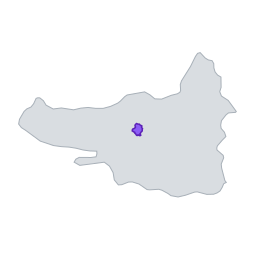 location of Piedra Blanca, Monseñor Nouel, Dominican Republic, rotated 177°
{"feature_id": "3306468B87386677214515", "entity_name": "Piedra Blanca", "entity_type": "district", "adm_level": 2, "iso_a3": "DOM", "parent_name": "Dominican Republic", "parent_adm1": "Monseñor Nouel", "projection": "orthographic", "projection_center": [-70.332, 18.811], "detail": "fine", "context": "in_parent", "style": "filled", "palette": "violet", "viewbox_px": 256, "rotation_deg": 177, "n_neighbors": 0, "source": "geoboundaries", "source_scale": "gbopen_adm2", "svg_char_len": 3309}
<svg xmlns="http://www.w3.org/2000/svg" viewBox="0 0 256 256"><g transform="rotate(177 128 128)"><path d="M32.5,174.0L32.9,163.7L34.5,159.5L33.0,155.0L26.5,150.3L22.5,144.2L19.0,138.8L19.8,138.0L26.9,137.8L29.5,135.9L34.3,130.4L35.3,126.0L35.0,122.7L31.9,118.7L30.7,114.4L34.6,110.8L39.7,105.5L40.4,103.4L40.3,101.4L34.4,95.7L34.0,93.2L36.8,87.1L36.6,83.1L34.0,70.4L32.7,68.5L35.3,67.4L37.1,63.7L39.4,60.3L42.4,58.5L45.9,57.4L52.8,57.6L62.2,60.6L64.9,60.5L74.0,57.9L81.6,56.5L88.7,58.2L91.5,60.5L97.4,64.1L100.4,65.2L109.6,65.1L112.2,65.5L120.0,71.5L126.5,73.9L130.3,74.0L137.2,71.7L140.6,71.7L144.4,76.9L145.2,84.2L148.5,90.9L153.5,95.1L178.1,93.2L183.6,96.7L181.7,99.6L178.3,101.2L166.6,100.5L161.4,100.9L160.4,103.8L160.4,106.5L167.3,107.1L174.0,108.4L180.8,110.5L187.8,112.0L195.6,112.9L203.4,114.4L216.3,119.5L230.7,131.3L234.5,134.0L237.0,137.7L235.9,142.4L230.9,150.0L228.0,152.4L223.8,154.0L221.0,157.1L218.2,162.4L216.5,162.9L214.5,162.7L211.1,159.7L208.6,155.1L201.7,150.9L193.5,151.5L181.4,149.0L174.1,150.3L166.8,150.6L159.3,149.3L151.8,148.9L144.3,150.5L137.1,153.3L134.4,155.1L129.7,159.4L127.2,161.0L109.5,163.2L104.4,160.0L99.7,155.7L92.9,155.1L83.0,158.4L76.8,159.6L74.3,161.0L73.5,162.6L73.5,168.7L72.1,172.3L62.4,186.1L56.9,195.9L54.6,198.9L52.0,199.5L47.3,193.9L44.3,191.8L40.5,190.8L39.0,187.8L39.1,183.5L38.1,179.4L35.8,176.2L32.5,174.0Z" fill="#d9dde1" stroke="#a8b0b8" stroke-width="1"/><path d="M114.1,129.1L114.1,129.3L114.1,129.5L114.3,129.7L114.8,129.7L115.0,129.7L115.1,129.8L115.9,130.5L116.0,130.7L116.1,130.9L116.2,131.0L116.3,131.1L116.6,131.2L116.7,131.3L116.9,131.3L117.3,131.3L117.5,131.3L117.9,131.4L118.0,131.4L118.2,131.5L118.4,131.6L118.5,131.7L118.7,131.8L118.8,131.8L119.0,131.9L119.1,132.0L119.3,131.9L119.6,131.8L119.7,131.7L119.8,131.6L120.4,131.0L120.6,130.8L120.6,130.7L120.8,130.5L120.8,130.4L120.9,130.0L120.9,129.9L120.9,129.7L120.8,129.4L120.6,129.1L120.5,128.9L120.5,128.7L120.5,128.4L120.6,128.2L120.9,128.0L121.1,127.9L121.2,127.6L121.3,127.5L121.4,127.4L121.7,127.3L121.8,127.2L122.0,127.2L122.3,127.1L122.6,126.9L122.9,126.9L123.0,126.8L123.2,126.7L123.3,126.7L123.5,126.5L123.6,126.2L123.8,125.9L123.8,125.7L123.9,125.2L123.9,124.9L123.7,124.9L123.4,124.6L123.3,124.4L123.2,124.4L122.9,124.2L122.7,124.1L122.6,123.9L122.4,123.7L122.1,123.6L121.8,123.5L121.7,123.4L121.4,123.3L121.4,123.2L121.5,122.8L121.5,122.7L121.4,122.5L121.4,122.4L120.9,122.0L120.8,121.9L120.7,121.7L120.4,121.3L120.4,121.2L120.2,120.8L120.1,120.7L119.9,120.4L119.7,120.2L119.3,120.0L119.2,120.0L118.9,120.3L118.7,120.3L118.5,120.5L118.4,120.6L118.2,120.6L117.9,120.5L117.8,120.4L117.7,120.3L117.6,120.1L117.4,120.1L117.2,120.1L116.9,120.1L116.7,119.9L116.6,119.7L116.4,119.7L116.2,119.8L115.9,119.9L115.6,120.1L115.6,120.3L115.8,120.5L116.0,120.6L116.1,120.8L116.2,121.0L116.3,121.1L116.4,121.3L116.4,121.5L116.2,121.8L115.9,122.0L115.7,122.3L115.6,122.6L115.4,122.9L115.3,123.1L115.2,123.2L115.1,123.3L114.8,123.5L114.5,123.7L114.3,123.8L114.2,123.9L114.2,124.0L114.1,124.3L114.0,124.5L113.9,124.7L113.9,124.8L113.9,125.7L113.9,125.9L113.9,126.0L113.7,126.2L113.6,126.3L113.5,126.5L113.6,126.8L113.9,127.2L114.0,127.3L114.2,127.5L114.4,127.8L114.4,128.0L114.3,128.3L114.2,128.6L114.1,128.9L114.1,129.0L114.1,129.1Z" fill="#8b5cf6" stroke="#5b21b6" stroke-width="1.5"/></g></svg>